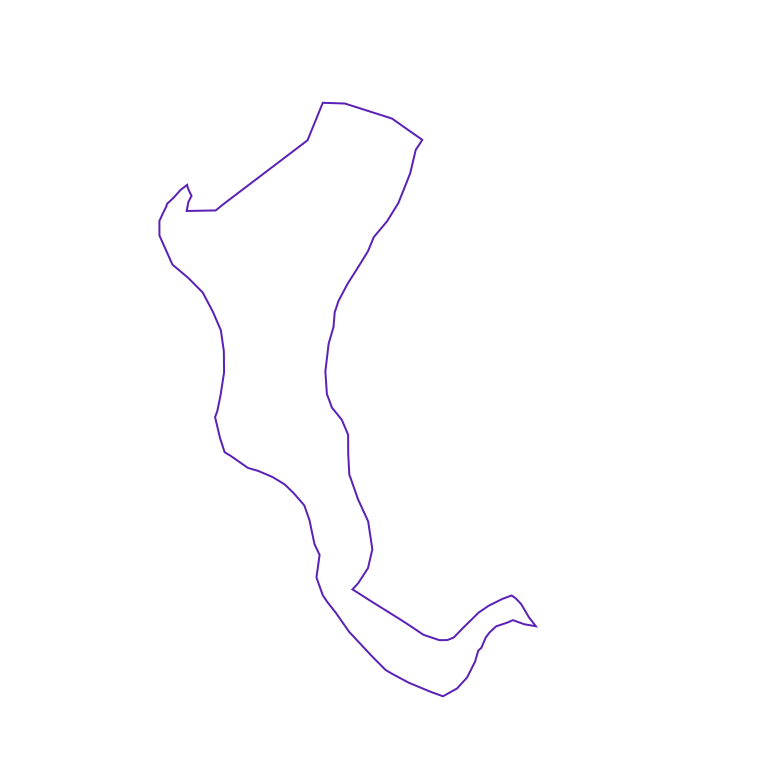 outline of Caico/Millet, Anse-la-Raye, Saint Lucia, rotated 137°
{"feature_id": "8701671B86605125061107", "entity_name": "Caico/Millet", "entity_type": "district", "adm_level": 2, "iso_a3": "LCA", "parent_name": "Saint Lucia", "parent_adm1": "Anse-la-Raye", "projection": "robinson", "projection_center": [-60.992, 13.921], "detail": "fine", "context": "isolated", "style": "outline", "palette": "violet", "viewbox_px": 768, "rotation_deg": 137, "n_neighbors": 0, "source": "geoboundaries", "source_scale": "gbopen_adm2", "svg_char_len": 1942}
<svg xmlns="http://www.w3.org/2000/svg" viewBox="0 0 768 768"><g transform="rotate(137 384 384)"><path d="M457.3,615.6L454.8,594.7L454.2,574.6L459.8,553.8L466.7,534.5L478.7,517.3L493.1,501.5L511.3,487.2L524.5,477.8L530.1,475.0L540.8,456.3L547.1,442.7L545.2,436.3L540.8,415.5L535.2,406.1L528.9,391.8L525.1,378.2L524.5,365.3L525.1,349.5L531.4,335.2L544.0,314.4L547.7,302.9L565.3,288.6L572.8,271.4L574.1,263.5L575.3,249.1L578.5,226.9L578.5,193.9L577.9,173.9L576.0,167.4L569.7,148.8L559.6,126.6L553.9,115.5L550.9,114.6L547.8,113.9L538.3,111.5L529.8,112.2L523.4,112.7L506.4,119.0L505.3,119.7L497.0,124.7L492.6,124.7L482.7,129.1L477.7,130.1L476.7,130.3L467.3,130.3L461.8,127.8L456.3,125.3L450.8,123.4L448.6,119.1L445.3,112.7L438.2,103.3L437.9,105.8L437.1,114.6L435.5,121.8L433.8,129.7L433.8,136.6L434.3,139.6L434.9,142.3L440.4,144.6L443.7,146.0L458.5,150.4L470.6,152.3L473.3,152.2L492.1,151.7L496.8,151.5L505.8,151.0L509.7,152.5L512.4,153.6L518.2,158.9L526.2,173.7L530.1,190.5L531.7,196.9L533.4,203.4L542.1,235.8L545.2,248.0L547.1,255.3L542.7,255.6L538.8,255.9L521.2,260.3L513.8,265.3L505.3,271.0L489.3,294.3L481.6,317.5L472.8,337.5L471.2,341.4L469.9,342.9L458.0,357.1L446.4,369.7L444.8,371.5L439.3,386.6L438.4,399.0L438.2,402.3L435.3,409.1L432.7,415.5L418.4,433.1L413.8,437.0L396.9,451.3L382.1,460.1L376.5,465.2L371.1,470.1L366.8,472.4L360.6,475.8L351.0,479.1L342.5,482.1L332.7,484.6L323.2,487.1L305.0,492.1L291.3,498.4L270.9,500.9L267.5,501.8L250.0,506.6L229.4,516.3L220.9,520.4L201.1,533.6L192.8,535.6L189.5,536.5L192.5,550.6L197.1,572.6L207.7,591.5L221.4,615.9L237.0,631.4L273.7,614.4L379.3,625.1L388.7,625.7L400.6,636.4L410.3,645.1L403.0,650.5L399.7,651.7L396.5,652.8L395.4,656.3L394.8,658.3L394.0,660.4L393.5,661.7L392.2,663.9L400.6,664.7L410.9,663.7L419.6,663.7L420.5,663.3L421.4,662.9L421.8,662.4L429.6,659.5L437.1,656.4L447.0,645.7L451.1,633.7L455.5,620.9L456.9,616.8L457.3,615.6Z" fill="none" stroke="#5b21b6" stroke-width="2"/></g></svg>